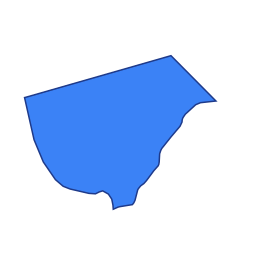 the border of Saint James, rotated 245°
{"feature_id": "JAM-1374", "entity_name": "Saint James", "entity_type": "Parish", "adm_level": 1, "iso_a3": "JAM", "parent_name": "Jamaica", "parent_adm1": "", "projection": "albers", "projection_center": [-77.932, 18.36], "detail": "fine", "context": "isolated", "style": "filled", "palette": "blue", "viewbox_px": 256, "rotation_deg": 245, "n_neighbors": 0, "source": "natural_earth", "source_scale": "10m", "svg_char_len": 665}
<svg xmlns="http://www.w3.org/2000/svg" viewBox="0 0 256 256"><g transform="rotate(245 128 128)"><path d="M60.6,80.3L64.6,81.8L70.4,83.2L76.4,82.3L81.7,78.5L82.2,74.9L82.1,70.7L85.3,64.9L97.2,49.7L102.6,44.6L111.9,40.4L133.0,36.9L157.1,37.9L199.3,47.1L199.1,48.0L175.4,197.5L115.3,219.1L120.3,204.4L120.5,199.2L116.3,185.8L114.7,183.1L114.0,182.0L113.0,181.0L111.9,180.2L110.6,179.5L107.6,175.9L101.9,163.5L95.2,150.0L93.9,148.3L91.3,145.8L84.0,141.9L82.1,140.6L81.0,139.4L78.4,133.4L72.5,122.5L71.0,119.0L70.2,115.0L68.9,112.3L68.0,110.8L59.5,103.8L57.7,101.6L56.7,99.6L60.2,87.2L60.5,85.5L60.6,80.3Z" fill="#3b82f6" stroke="#1e3a8a" stroke-width="1.5"/></g></svg>